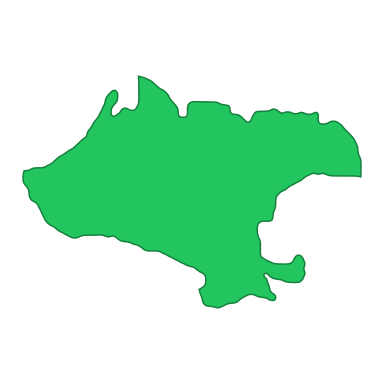 Las Yayas de Viajama, Azua, Dominican Republic (orthographic projection)
{"feature_id": "3306468B57328361484840", "entity_name": "Las Yayas de Viajama", "entity_type": "district", "adm_level": 2, "iso_a3": "DOM", "parent_name": "Dominican Republic", "parent_adm1": "Azua", "projection": "orthographic", "projection_center": [-70.973, 18.597], "detail": "fine", "context": "isolated", "style": "filled", "palette": "green", "viewbox_px": 384, "rotation_deg": 0, "n_neighbors": 0, "source": "geoboundaries", "source_scale": "gbopen_adm2", "svg_char_len": 6022}
<svg xmlns="http://www.w3.org/2000/svg" viewBox="0 0 384 384"><path d="M199.1,289.4L200.2,293.6L201.8,297.3L202.9,302.0L203.5,303.3L204.4,304.3L205.4,305.2L206.0,305.5L207.4,306.0L213.8,306.8L217.3,307.8L218.4,307.8L219.6,307.5L223.7,305.7L226.7,304.2L228.0,303.7L229.4,303.5L233.7,303.0L235.8,302.5L237.8,301.4L241.2,298.6L242.5,297.7L247.9,295.0L249.9,294.4L252.1,294.4L253.5,294.6L254.8,295.1L257.2,296.2L258.5,296.7L259.9,297.0L264.2,297.6L265.6,297.9L266.9,298.4L269.2,299.7L270.5,300.2L272.5,300.5L273.7,300.3L274.4,300.1L274.9,299.7L275.3,299.1L275.6,298.5L275.7,297.3L275.5,296.1L274.9,295.0L274.5,294.6L272.0,292.9L271.2,292.0L270.4,290.9L269.9,289.6L268.9,285.5L267.3,281.8L266.6,279.0L264.8,277.3L264.2,276.3L263.9,275.1L264.1,274.4L264.4,273.8L265.1,273.4L265.7,273.3L266.9,273.6L267.9,274.2L269.6,276.0L271.8,277.7L273.0,278.3L275.3,278.9L280.8,279.7L282.1,280.2L285.1,281.5L286.5,281.9L288.7,282.2L290.9,282.4L294.7,282.5L297.0,282.4L298.5,282.2L299.9,281.8L301.0,281.0L302.0,280.1L302.8,279.0L304.6,274.9L304.9,273.7L304.9,272.6L304.0,269.9L303.8,268.6L304.0,267.3L304.9,264.6L304.9,264.0L304.8,262.9L303.2,258.7L302.5,257.5L301.2,256.1L300.0,255.4L299.3,255.2L297.9,255.2L297.2,255.4L296.1,256.1L294.8,257.6L293.1,261.1L291.7,262.6L290.6,263.3L289.9,263.5L288.4,263.9L284.3,264.1L276.9,263.9L274.4,263.6L272.9,263.2L269.3,261.5L266.7,260.4L265.0,259.4L261.9,257.3L261.4,256.9L260.8,255.6L260.5,254.1L260.4,252.6L260.4,245.3L260.3,242.0L259.7,239.7L258.3,236.7L257.9,235.3L257.4,232.9L257.2,230.4L257.2,228.0L257.4,226.5L257.7,225.1L257.9,224.4L258.7,223.3L259.7,222.4L260.9,221.7L261.6,221.4L263.1,221.2L268.4,221.2L269.8,221.0L271.1,220.6L271.7,220.2L272.1,219.7L272.4,219.1L272.7,217.9L273.3,213.1L273.7,211.8L275.0,208.8L275.3,207.3L275.6,204.9L275.7,200.2L276.1,197.8L276.3,197.1L277.0,195.8L278.5,194.0L279.6,193.0L280.7,192.0L282.0,191.3L285.2,189.7L290.5,185.7L293.7,184.2L296.6,182.6L300.4,180.7L305.1,177.0L306.4,176.2L311.2,173.9L313.1,173.3L314.4,173.3L315.6,173.5L317.2,174.1L318.3,174.2L319.4,174.1L321.5,173.5L322.8,173.4L324.7,173.8L327.1,174.8L328.4,175.3L331.5,175.8L335.6,175.9L354.5,176.0L357.8,176.2L360.8,176.9L361.0,165.7L360.9,162.5L360.7,160.2L360.2,158.0L358.8,155.0L358.4,153.7L358.0,151.5L357.7,147.9L357.2,145.8L354.3,139.6L353.5,138.3L351.5,136.0L344.9,129.3L343.4,127.6L342.0,125.7L340.3,124.2L337.5,122.2L335.6,121.4L334.2,121.2L332.7,121.2L331.3,121.4L330.0,121.9L327.1,123.4L324.9,124.0L323.3,124.1L321.8,124.1L320.4,123.7L319.8,123.4L319.2,122.9L318.8,122.4L318.4,121.0L318.2,119.6L318.3,115.4L318.0,114.1L317.8,113.5L317.4,113.0L316.8,112.6L316.2,112.5L315.6,112.4L314.5,112.7L312.5,113.7L311.2,114.1L309.2,114.4L307.1,114.2L305.8,113.8L303.4,112.8L301.5,112.4L300.2,112.6L297.4,113.6L295.4,113.9L293.5,113.6L290.6,112.3L288.5,112.0L287.1,111.9L285.8,112.1L282.9,113.0L281.8,113.1L281.2,113.0L280.0,112.4L277.3,110.4L276.1,109.6L275.5,109.4L274.1,109.1L273.5,109.1L272.2,109.4L269.3,110.7L267.8,111.0L264.7,111.3L258.5,111.4L257.1,111.6L255.8,112.0L254.7,112.8L254.1,113.8L252.2,117.2L251.3,119.5L250.7,120.6L249.9,121.5L249.4,121.8L248.2,122.2L247.5,122.1L246.9,121.9L245.7,121.1L241.4,116.9L239.5,115.5L238.8,115.1L237.4,114.7L232.7,114.1L231.6,113.6L230.7,112.7L230.3,111.5L229.9,108.5L229.6,107.3L229.0,106.2L228.0,105.5L226.7,105.2L222.6,104.6L221.3,104.3L218.3,102.9L216.9,102.4L215.4,102.2L213.0,102.0L194.5,101.7L192.2,101.9L190.8,102.4L189.6,103.1L188.7,104.1L188.0,105.2L187.8,106.0L187.5,108.3L187.5,113.6L187.2,114.9L187.0,115.6L186.6,116.2L186.0,116.6L184.8,117.2L182.9,117.4L180.9,117.1L179.7,116.6L179.2,116.1L178.5,115.0L178.3,113.7L177.9,109.6L177.5,108.2L176.8,106.9L175.4,105.0L172.2,101.5L170.7,99.7L169.8,98.4L168.2,95.2L167.4,94.0L165.8,92.3L163.5,90.4L160.4,88.8L159.1,88.0L157.3,86.5L153.2,82.7L152.0,81.7L150.7,80.8L144.6,77.8L138.5,76.2L138.8,83.3L138.9,99.1L138.7,102.2L138.3,104.4L137.7,105.6L135.8,108.8L135.0,109.8L133.8,110.3L131.8,110.4L129.8,110.0L126.5,108.3L125.1,108.1L123.8,108.3L122.7,108.9L121.7,109.7L121.0,110.7L120.0,112.3L119.2,113.2L115.7,115.6L114.6,116.1L114.0,116.2L113.3,116.2L112.7,116.0L112.1,115.6L111.6,115.1L111.4,114.5L111.1,113.2L111.1,111.9L111.2,110.5L111.7,108.4L111.9,107.7L112.7,106.4L115.6,103.0L116.9,101.1L117.5,99.0L117.7,96.8L117.7,94.6L117.5,93.2L117.2,92.5L116.5,91.5L115.6,90.6L115.0,90.4L114.3,90.3L113.6,90.4L113.0,90.6L111.9,91.3L109.9,93.2L107.9,95.4L106.6,97.2L105.7,99.2L104.8,103.4L104.3,104.6L102.8,107.6L101.8,110.2L99.8,113.7L98.6,116.2L97.4,118.1L94.5,121.5L93.7,122.8L92.1,125.9L88.5,130.7L87.5,132.6L86.6,135.7L86.0,136.8L85.6,137.2L83.5,138.7L81.9,140.0L75.1,146.5L73.4,148.0L71.6,149.2L68.4,150.8L63.0,154.8L59.9,156.4L58.7,157.2L57.0,158.6L52.6,162.6L50.3,164.3L47.7,165.5L44.8,167.0L43.5,167.5L41.3,167.8L36.1,167.9L33.9,168.1L32.5,168.5L29.5,169.9L28.2,170.3L26.8,170.6L24.1,170.8L23.5,173.1L23.1,176.1L23.0,179.1L23.3,181.3L23.7,182.7L24.1,183.4L24.9,184.6L27.3,187.5L28.4,189.4L28.9,191.5L29.3,195.8L29.9,197.9L30.6,199.0L31.5,200.0L32.5,200.8L35.4,202.3L36.4,203.2L37.3,204.1L38.0,205.3L38.9,207.2L40.5,210.1L41.8,213.3L43.4,216.3L44.5,218.8L45.2,220.1L47.1,222.5L48.8,224.0L50.0,224.9L53.8,226.8L58.5,230.6L59.8,231.4L62.4,232.6L65.8,234.6L68.4,235.8L71.3,237.3L72.6,237.8L74.8,238.0L76.9,237.8L78.2,237.3L80.5,236.2L81.9,235.7L83.3,235.4L85.7,235.2L95.9,235.1L100.7,234.8L103.7,235.5L107.2,236.7L108.3,236.9L109.3,236.8L111.5,236.1L112.8,236.0L113.4,236.1L114.1,236.3L115.4,236.9L118.8,239.6L120.7,240.8L122.8,241.3L128.6,242.1L129.9,242.5L132.9,243.9L137.0,245.0L138.4,245.5L140.3,246.6L143.8,249.4L145.1,250.1L145.8,250.4L147.3,250.7L148.9,250.9L155.2,250.9L157.5,251.1L159.0,251.4L160.4,251.8L163.3,253.4L165.9,254.5L169.4,256.5L172.0,257.7L175.5,259.6L178.1,260.8L181.5,262.7L184.1,263.8L187.1,265.4L188.4,265.9L192.5,266.9L193.9,267.4L195.1,268.2L198.7,271.0L199.9,271.8L202.4,273.0L204.0,274.2L205.2,275.9L205.4,276.6L205.8,278.0L205.9,280.9L205.8,282.4L205.4,283.8L204.8,285.1L203.5,286.7L201.8,287.9L199.1,289.4Z" fill="#22c55e" stroke="#15803d" stroke-width="1.5"/></svg>